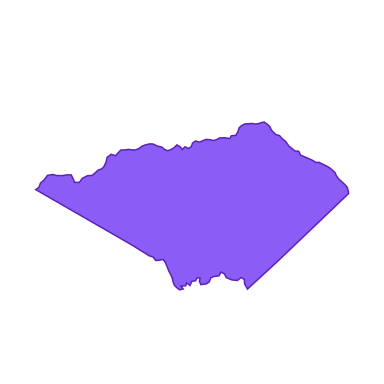 Igarapé do Meio, Maranhão, Brazil (Mercator projection), rotated 25°
{"feature_id": "56859067B89604719591718", "entity_name": "Igarapé do Meio", "entity_type": "district", "adm_level": 2, "iso_a3": "BRA", "parent_name": "Brazil", "parent_adm1": "Maranhão", "projection": "mercator", "projection_center": [-45.138, -3.653], "detail": "fine", "context": "isolated", "style": "filled", "palette": "violet", "viewbox_px": 384, "rotation_deg": 25, "n_neighbors": 0, "source": "geoboundaries", "source_scale": "gbopen_adm2", "svg_char_len": 1841}
<svg xmlns="http://www.w3.org/2000/svg" viewBox="0 0 384 384"><g transform="rotate(25 192 192)"><path d="M180.1,267.9L184.4,267.4L187.9,269.4L191.4,267.6L194.2,265.3L197.5,267.1L200.8,270.0L204.2,273.3L208.0,276.2L210.6,278.5L212.8,281.4L215.4,283.9L218.1,285.0L222.2,285.9L225.0,283.6L221.7,281.9L225.9,279.7L225.6,276.6L229.7,277.6L229.6,273.1L232.8,270.9L232.9,267.7L235.7,266.5L236.5,269.8L239.1,272.2L243.9,269.2L245.6,266.2L245.3,262.0L247.0,259.8L252.0,256.5L252.0,252.3L256.1,252.6L259.2,255.1L265.5,254.8L270.5,253.0L272.6,248.8L276.4,249.1L278.5,253.1L283.3,256.5L298.4,219.9L331.1,136.1L334.6,127.2L333.0,124.9L330.9,122.3L328.2,121.0L323.3,119.3L319.2,118.1L315.5,115.9L313.3,113.9L309.6,112.7L305.8,111.8L302.4,111.6L298.4,111.5L294.4,111.5L291.9,112.8L287.6,112.4L282.4,112.4L274.9,112.7L271.5,110.0L267.9,111.3L260.1,109.3L255.7,106.7L250.6,105.3L247.5,103.9L243.6,104.5L240.3,103.4L237.3,102.0L235.3,100.1L232.5,99.0L227.9,98.1L225.4,99.9L223.3,102.0L220.8,103.6L217.3,104.6L214.5,106.2L211.0,108.1L208.8,111.0L207.6,113.9L208.1,117.8L207.8,122.1L203.9,124.4L203.7,127.6L198.6,129.0L193.9,131.5L192.4,134.0L189.9,136.2L185.8,137.1L182.5,138.4L180.1,140.9L177.7,143.7L173.5,144.3L171.8,147.5L172.2,151.1L170.5,154.0L166.5,154.0L165.2,157.7L162.3,156.0L158.4,155.7L156.8,159.9L154.6,162.9L152.4,164.9L149.2,165.0L145.5,164.0L141.5,165.0L136.2,165.0L133.1,166.4L130.0,168.9L127.2,171.7L125.4,175.3L122.6,178.0L119.9,179.1L116.3,180.3L113.5,182.2L109.8,184.0L108.5,187.6L107.4,191.4L102.8,192.0L100.4,196.5L101.5,201.3L101.4,206.6L100.2,209.4L97.9,211.5L95.9,216.0L94.5,219.2L90.4,221.4L86.8,226.0L85.8,231.0L81.6,232.8L78.4,230.0L75.3,227.5L71.5,229.3L67.4,232.0L62.4,234.3L58.5,234.9L54.0,238.0L52.9,243.4L50.9,248.0L51.3,252.4L49.4,255.9L160.4,265.5L180.1,267.9Z" fill="#8b5cf6" stroke="#5b21b6" stroke-width="1.5"/></g></svg>